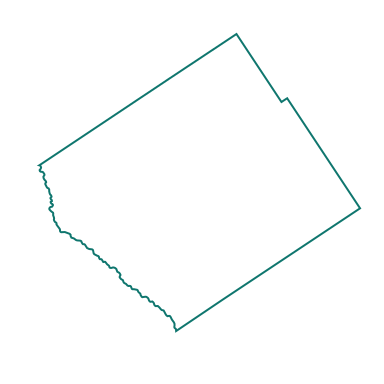 Pembina, North Dakota, United States of America (Albers equal-area conic projection), rotated 146°
{"feature_id": "52423323B24684286646871", "entity_name": "Pembina", "entity_type": "district", "adm_level": 2, "iso_a3": "USA", "parent_name": "United States of America", "parent_adm1": "North Dakota", "projection": "albers", "projection_center": [-97.186, 48.772], "detail": "fine", "context": "isolated", "style": "outline", "palette": "teal", "viewbox_px": 384, "rotation_deg": 146, "n_neighbors": 0, "source": "geoboundaries", "source_scale": "gbopen_adm2", "svg_char_len": 2490}
<svg xmlns="http://www.w3.org/2000/svg" viewBox="0 0 384 384"><g transform="rotate(146 192 192)"><path d="M66.8,298.1L147.5,298.7L303.6,299.5L303.0,298.9L303.2,297.5L303.3,296.9L303.7,296.4L305.3,295.5L306.0,295.4L306.3,294.9L306.4,294.2L305.9,293.2L305.1,292.7L304.5,291.9L304.4,291.3L304.4,289.4L304.8,288.6L306.6,287.8L307.2,286.7L307.4,285.7L307.4,284.3L307.2,283.4L307.2,282.2L307.6,281.5L308.6,281.3L309.0,280.9L309.3,280.3L309.7,276.9L309.5,276.1L308.9,275.2L309.0,274.0L309.3,273.4L309.9,272.6L310.7,270.7L311.0,269.2L310.7,268.3L310.9,266.9L311.3,266.5L312.3,266.4L312.8,266.1L313.0,264.9L312.8,263.7L313.2,262.8L314.6,262.9L314.9,262.6L315.1,261.8L315.0,260.8L314.5,260.1L314.5,259.1L314.7,258.8L316.1,258.1L317.9,258.7L318.9,258.5L319.6,258.0L319.9,257.4L319.9,256.6L319.5,254.5L318.8,252.6L319.0,251.9L320.1,250.4L320.7,248.1L321.1,247.2L321.9,246.4L322.3,245.3L322.3,243.7L321.7,242.4L322.0,241.5L322.5,240.9L322.5,239.3L322.3,235.5L322.5,234.7L323.2,233.4L323.3,232.9L323.2,232.3L322.9,231.8L319.8,229.9L316.8,225.7L316.6,224.4L317.2,223.6L317.5,221.6L315.9,219.6L315.0,217.0L314.3,216.1L311.9,214.2L311.5,213.6L311.3,213.0L311.6,212.1L311.7,210.4L311.6,209.8L310.4,208.8L310.2,208.2L310.3,204.2L309.1,202.2L307.0,200.4L306.7,199.9L306.6,199.1L307.8,196.2L307.8,195.1L306.2,192.1L305.8,191.7L305.5,191.2L305.4,190.7L305.5,190.1L305.8,189.7L306.0,188.1L305.8,187.7L304.9,187.1L304.6,186.7L304.6,185.0L304.8,183.9L304.5,183.4L303.6,183.1L303.0,182.6L302.9,181.6L302.8,179.5L302.1,177.5L302.1,176.8L302.5,175.9L302.5,175.4L302.2,174.8L301.3,174.1L299.6,173.6L298.7,172.7L298.2,171.9L297.8,170.6L298.5,167.7L297.5,165.7L297.5,164.0L297.7,163.2L299.1,162.4L299.6,161.9L299.7,161.4L299.5,159.4L298.6,157.6L298.7,157.0L299.1,156.0L299.1,154.5L298.1,152.7L297.8,150.5L297.1,149.5L296.1,149.0L295.6,148.4L295.5,147.7L296.0,145.5L295.9,145.0L295.4,144.4L294.6,144.0L292.3,141.7L292.0,140.9L292.3,139.6L292.3,138.7L291.7,136.7L292.2,135.4L292.3,133.3L292.0,132.6L289.3,131.3L288.4,130.5L287.8,128.8L287.8,128.0L288.3,126.1L288.2,124.8L287.7,124.1L286.1,123.4L285.8,122.3L285.8,121.0L286.3,119.7L286.3,118.6L285.9,117.7L284.1,116.6L283.6,114.5L283.4,112.2L283.1,111.1L281.8,109.7L281.8,109.0L282.2,105.4L282.2,104.1L282.0,103.4L281.7,102.7L280.2,102.1L279.7,101.5L279.6,100.5L280.0,97.5L279.9,94.0L280.2,92.5L281.2,91.0L282.2,89.9L282.4,89.0L282.0,87.7L282.0,87.2L282.9,85.6L226.6,85.6L61.8,84.5L60.7,216.5L67.5,216.6L66.8,298.1Z" fill="none" stroke="#0f766e" stroke-width="2"/></g></svg>